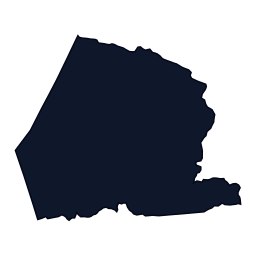 outline of Barro, Ceará, Brazil
{"feature_id": "56859067B69548867722169", "entity_name": "Barro", "entity_type": "district", "adm_level": 2, "iso_a3": "BRA", "parent_name": "Brazil", "parent_adm1": "Ceará", "projection": "albers", "projection_center": [-38.751, -7.111], "detail": "fine", "context": "isolated", "style": "filled", "palette": "ink", "viewbox_px": 256, "rotation_deg": 0, "n_neighbors": 0, "source": "geoboundaries", "source_scale": "gbopen_adm2", "svg_char_len": 2098}
<svg xmlns="http://www.w3.org/2000/svg" viewBox="0 0 256 256"><path d="M41.6,108.5L30.5,130.3L15.4,150.4L24.1,176.0L33.1,204.2L35.3,211.4L37.8,219.5L42.2,218.1L45.8,216.5L47.7,218.6L58.5,216.5L61.7,214.8L63.9,215.6L65.8,216.9L67.3,219.0L69.1,220.3L70.5,218.9L72.4,217.8L74.6,217.9L75.8,215.0L76.6,212.6L78.6,214.9L80.7,216.7L84.6,216.6L87.1,217.0L89.4,216.9L91.3,216.1L93.2,214.7L95.6,214.1L97.2,212.8L98.5,210.9L100.9,209.6L103.0,207.9L106.2,207.1L108.5,208.4L111.5,208.5L114.9,209.9L116.7,211.7L117.6,209.8L117.1,207.6L117.4,205.2L118.8,203.0L121.6,203.8L123.4,203.0L126.2,203.1L127.6,207.2L129.6,210.2L131.7,211.6L133.7,213.9L136.8,214.9L140.2,214.3L142.6,213.9L145.4,215.8L148.4,215.6L152.5,215.2L158.8,215.7L172.6,214.5L180.4,213.9L204.0,211.8L208.4,209.2L211.6,208.0L214.3,205.7L218.2,205.9L220.4,204.4L222.0,203.0L224.8,204.5L230.0,204.9L233.0,204.5L235.8,204.2L238.4,203.5L240.6,204.2L240.2,199.8L239.7,197.3L238.0,194.9L238.0,192.2L240.1,187.7L238.6,185.1L236.0,183.6L233.1,183.8L229.5,185.3L226.8,182.0L224.8,180.6L223.8,178.6L220.3,178.8L216.1,178.1L213.0,178.1L209.3,179.7L206.9,179.9L203.5,179.6L202.0,182.2L197.0,181.0L193.6,182.8L194.5,178.0L196.2,175.5L196.8,173.0L199.2,172.4L200.8,169.9L200.8,166.9L196.4,165.2L195.5,162.6L197.2,161.5L200.8,160.8L202.2,158.2L202.3,150.8L201.7,147.6L200.6,142.6L203.8,137.7L205.9,135.7L206.9,131.6L210.7,128.2L212.0,125.2L213.6,122.2L214.1,117.7L214.7,114.6L212.0,109.7L207.4,107.1L205.7,104.3L204.5,100.0L201.3,98.1L202.2,93.9L205.3,89.4L206.3,86.6L205.8,84.3L203.2,83.3L200.8,82.4L198.6,81.7L191.5,78.4L190.1,75.5L191.1,72.5L188.6,69.9L183.6,68.0L181.1,66.8L176.6,64.0L174.0,63.2L164.1,59.5L162.2,58.5L160.0,56.0L157.1,53.9L154.7,53.0L152.6,52.6L149.8,49.2L145.2,50.2L142.5,48.7L140.5,46.9L137.9,47.2L136.6,49.2L134.8,51.8L131.9,51.8L129.5,51.6L126.4,49.9L123.2,48.0L121.1,47.3L117.7,46.3L114.6,44.6L112.0,43.9L109.5,44.7L107.5,44.5L104.5,43.8L98.4,43.0L96.8,40.1L94.8,39.4L90.4,39.1L87.2,38.5L82.4,38.1L79.3,37.4L77.9,35.7L72.2,47.6L68.0,56.5L58.8,75.5L56.5,80.2L48.9,94.8L41.6,108.5Z" fill="#0f172a" stroke="#020617" stroke-width="1.5"/></svg>